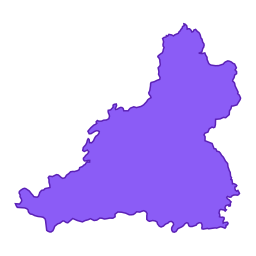 Corumbaíba, Goiás, Brazil
{"feature_id": "56859067B1207284648191", "entity_name": "Corumbaíba", "entity_type": "district", "adm_level": 2, "iso_a3": "BRA", "parent_name": "Brazil", "parent_adm1": "Goiás", "projection": "mercator", "projection_center": [-48.545, -18.11], "detail": "fine", "context": "isolated", "style": "filled", "palette": "violet", "viewbox_px": 256, "rotation_deg": 0, "n_neighbors": 0, "source": "geoboundaries", "source_scale": "gbopen_adm2", "svg_char_len": 5389}
<svg xmlns="http://www.w3.org/2000/svg" viewBox="0 0 256 256"><path d="M225.0,228.2L226.0,226.9L226.0,225.3L227.5,224.8L228.1,223.2L227.1,222.1L225.6,222.4L224.2,222.5L223.2,223.1L223.0,221.6L223.4,220.4L224.2,219.0L224.0,217.5L222.5,217.1L221.2,217.3L219.5,216.7L219.8,215.4L219.6,214.1L219.0,213.0L219.3,211.8L219.6,210.2L220.8,209.4L222.2,209.7L224.0,210.0L225.2,211.1L226.4,209.8L225.3,209.0L225.0,207.4L225.8,205.7L227.4,205.1L228.8,204.9L229.0,206.2L230.3,205.8L230.4,204.6L230.3,203.3L231.1,201.9L230.2,201.1L229.2,199.9L228.2,199.3L227.3,198.6L226.7,197.3L227.6,196.4L229.6,197.2L231.0,197.1L232.0,195.9L233.6,195.1L235.0,195.0L236.2,195.0L237.3,195.2L238.5,194.7L239.5,193.4L238.7,191.8L237.9,190.4L236.8,191.2L235.4,190.2L234.9,188.5L234.9,187.1L236.2,186.6L236.8,185.5L235.9,184.6L234.9,184.1L233.6,183.6L232.5,183.8L232.3,181.8L232.0,179.8L230.9,179.5L231.5,177.7L230.6,176.3L230.2,172.3L229.4,170.8L228.0,166.8L227.6,163.5L225.5,161.1L223.4,157.2L221.6,155.3L220.3,153.1L219.0,151.7L216.9,151.2L215.8,148.9L214.1,148.7L212.1,143.5L205.0,140.7L205.1,136.7L204.0,134.9L204.9,133.2L207.9,132.1L209.3,128.8L212.0,127.1L213.6,127.7L214.8,127.1L215.4,124.8L215.6,119.3L220.1,118.9L223.4,117.4L225.7,117.7L229.2,114.6L229.5,110.8L230.9,108.8L231.6,106.1L233.0,106.0L235.2,105.4L236.9,104.9L240.1,99.7L240.6,98.1L239.3,95.1L237.7,93.6L238.1,92.1L235.1,85.9L234.6,83.2L234.0,82.3L232.6,81.1L232.9,79.7L234.1,77.6L234.7,75.0L236.6,73.7L236.6,71.6L235.1,69.9L236.4,67.8L234.6,64.0L233.1,63.4L231.2,61.9L229.1,61.1L227.7,60.9L225.5,61.9L224.6,62.5L223.2,64.1L218.7,65.6L215.4,65.7L211.2,65.1L209.7,64.4L208.7,63.4L207.1,59.5L207.0,57.2L205.8,55.4L204.8,52.9L202.1,53.6L198.7,53.2L201.8,52.0L202.8,48.4L203.6,47.4L204.1,45.2L203.9,43.8L202.7,42.1L202.0,39.1L201.1,38.2L200.7,37.1L200.3,35.2L199.4,33.2L198.6,32.3L197.4,31.5L195.6,29.4L193.9,30.0L193.2,31.5L191.9,32.0L191.0,30.2L189.6,28.8L188.5,28.7L187.2,29.1L187.1,27.6L186.7,25.7L185.0,24.1L183.9,23.8L184.2,25.6L182.6,26.5L182.0,28.4L181.1,29.2L180.1,30.9L179.1,31.7L178.4,33.3L176.9,33.9L175.0,34.7L173.4,35.9L171.6,34.9L168.9,34.4L167.7,36.1L166.4,35.6L166.0,37.0L164.1,37.4L162.6,38.5L163.2,40.3L163.6,41.9L163.0,44.4L163.1,46.1L164.1,47.4L163.3,49.4L163.0,51.4L162.2,52.9L160.6,53.9L158.2,55.8L157.8,56.8L158.8,57.8L159.8,59.8L159.9,61.8L160.3,64.4L159.9,65.8L158.1,67.8L158.8,71.1L158.9,72.2L158.5,74.2L160.1,77.6L159.7,79.4L157.3,80.2L154.3,81.7L151.1,82.5L150.6,83.6L150.5,85.9L149.8,90.5L148.7,92.9L149.2,94.4L150.6,96.2L151.0,97.7L149.3,98.6L147.7,99.9L146.7,101.6L143.6,104.9L141.1,106.4L136.5,107.6L133.8,106.8L130.4,108.1L129.0,109.6L128.1,110.8L123.8,110.8L123.1,108.4L121.9,107.5L120.5,107.4L118.7,108.2L117.3,109.2L115.6,109.5L115.3,108.2L116.0,107.1L116.6,105.5L116.3,104.0L114.2,104.3L113.1,105.1L113.0,107.3L110.6,109.9L108.2,110.3L108.1,111.7L108.5,113.2L109.2,114.6L109.5,116.2L108.8,118.7L106.4,120.0L103.6,120.2L101.3,121.2L98.6,121.1L97.3,120.5L96.1,121.9L96.8,123.3L95.4,124.4L93.8,125.1L90.9,127.7L89.5,129.3L87.9,131.2L89.2,133.8L91.0,133.7L94.9,131.3L96.6,130.7L98.2,130.9L99.3,131.6L98.9,133.4L97.6,135.1L95.8,136.3L94.6,138.2L93.5,140.8L91.6,142.8L89.6,142.7L89.1,139.4L88.2,138.7L87.4,140.1L86.8,142.6L85.8,144.7L83.3,147.5L82.7,150.5L84.3,151.5L85.7,150.8L87.4,150.1L88.8,151.8L87.6,153.8L85.6,155.5L84.8,156.7L83.4,158.2L83.5,159.7L84.4,160.9L85.9,160.9L88.0,160.4L89.7,160.4L89.6,162.1L87.4,162.0L86.3,162.6L85.1,164.5L83.7,165.2L82.5,166.5L79.7,167.6L79.2,169.6L77.6,170.6L74.2,171.6L73.0,171.4L70.5,171.8L68.9,173.5L66.5,175.2L65.0,177.7L62.8,178.4L60.8,177.2L59.7,176.1L58.2,174.9L56.5,174.6L54.2,175.7L52.4,176.6L50.9,176.3L49.3,176.2L48.2,177.7L49.0,179.5L49.0,182.2L49.8,185.1L50.0,187.5L48.5,187.9L46.3,188.3L45.0,188.6L43.7,190.0L41.7,190.3L40.5,191.5L39.7,192.6L39.4,193.8L38.9,195.0L38.3,196.4L37.4,197.1L36.2,197.1L33.8,196.7L32.7,195.1L31.2,193.5L30.2,192.1L29.2,190.9L25.7,188.6L24.4,188.3L22.9,188.8L21.0,190.0L19.4,191.4L19.1,193.0L20.2,194.9L20.0,196.7L21.4,199.1L21.7,200.8L21.1,202.0L19.6,204.0L15.4,203.7L16.2,205.7L17.3,207.4L24.6,207.9L26.6,208.6L28.0,209.8L28.4,211.8L29.1,212.8L30.3,214.0L32.2,214.3L34.7,215.6L36.2,216.0L38.0,216.5L41.0,216.8L43.3,217.3L45.2,219.1L45.6,221.1L46.7,230.3L47.9,231.2L49.6,231.9L51.0,232.0L52.9,230.7L53.9,228.6L54.7,226.3L57.6,223.9L60.0,223.1L62.7,221.0L63.9,221.0L66.2,222.5L67.8,222.8L72.8,218.5L74.3,219.2L77.3,220.5L82.4,221.9L85.2,220.5L88.0,219.8L90.4,218.7L94.1,220.5L96.8,220.1L99.8,218.1L101.8,218.2L104.3,219.0L106.0,218.8L107.8,218.5L109.6,218.1L112.9,218.2L115.1,216.8L115.0,214.2L117.8,212.0L121.5,212.2L125.8,213.2L129.3,214.8L131.2,214.8L133.4,214.5L135.1,213.3L136.6,211.8L139.9,212.1L141.8,211.3L143.8,210.7L145.8,211.6L147.1,213.5L146.8,215.7L146.8,219.4L148.1,220.7L149.5,221.3L152.7,220.5L155.4,221.0L157.2,222.2L157.4,223.7L159.3,226.2L161.1,227.0L163.4,226.1L164.9,224.6L166.3,223.7L167.8,223.2L169.4,221.7L171.3,221.4L172.3,222.0L173.3,223.0L173.6,224.7L172.2,226.8L171.7,227.9L171.6,229.1L171.8,230.2L172.6,231.7L174.2,232.2L176.0,231.5L178.0,228.6L181.7,226.9L183.4,225.7L185.0,223.7L186.7,222.7L188.0,223.2L188.9,225.8L190.0,226.5L192.2,226.5L196.3,225.1L196.8,224.1L198.5,223.0L199.8,222.7L201.3,223.1L202.0,224.6L202.1,226.4L201.8,227.7L202.0,228.8L203.2,229.1L207.4,228.4L208.7,228.8L215.1,227.9L216.7,228.1L220.4,226.8L221.9,227.0L223.6,227.6L225.0,228.2Z" fill="#8b5cf6" stroke="#5b21b6" stroke-width="1.5"/></svg>